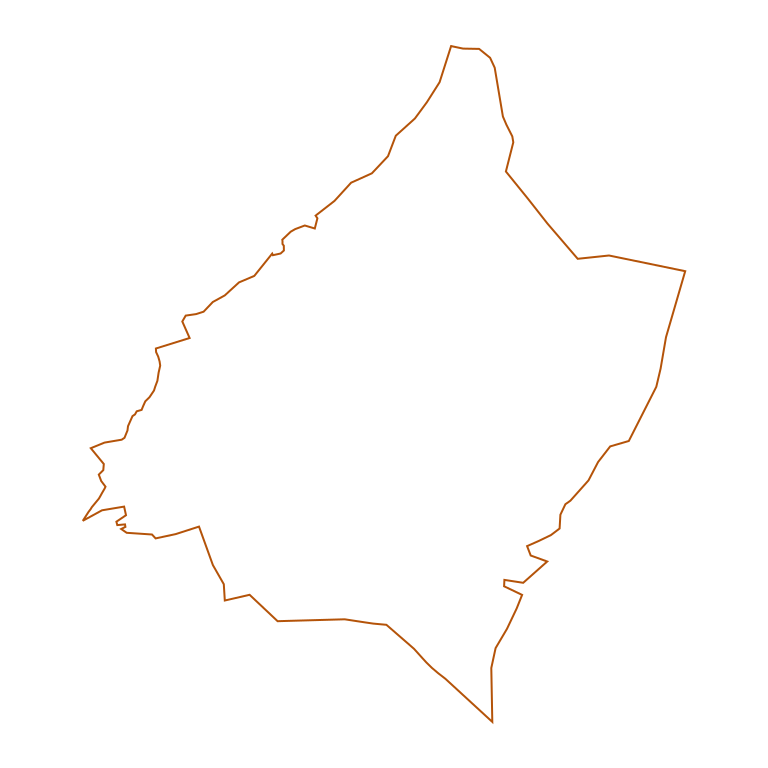 Gubio, Borno, Nigeria (Albers equal-area conic projection)
{"feature_id": "59680162B83800309048446", "entity_name": "Gubio", "entity_type": "district", "adm_level": 2, "iso_a3": "NGA", "parent_name": "Nigeria", "parent_adm1": "Borno", "projection": "albers", "projection_center": [12.673, 12.672], "detail": "fine", "context": "isolated", "style": "outline", "palette": "amber", "viewbox_px": 768, "rotation_deg": 0, "n_neighbors": 0, "source": "geoboundaries", "source_scale": "gbopen_adm2", "svg_char_len": 1828}
<svg xmlns="http://www.w3.org/2000/svg" viewBox="0 0 768 768"><path d="M82.8,520.8L102.0,510.3L124.1,506.6L126.0,515.2L116.4,521.7L117.3,525.1L125.0,524.4L125.4,526.9L121.2,529.0L126.7,532.8L152.0,534.5L155.6,538.4L175.7,534.1L199.0,526.6L212.9,565.1L223.8,584.2L224.8,600.5L249.6,594.8L277.6,621.2L284.2,621.0L344.7,619.3L364.4,622.3L373.3,623.6L386.4,624.8L414.0,648.8L422.1,657.8L426.3,662.4L431.8,667.8L438.3,673.3L445.4,678.8L492.3,721.9L491.3,668.0L495.6,648.1L507.0,628.8L516.7,608.4L522.1,594.9L504.1,586.3L504.4,579.9L523.2,582.8L547.2,561.5L530.7,555.5L527.1,546.1L539.1,540.8L550.9,535.1L553.7,533.0L559.6,528.5L560.4,514.7L565.4,504.2L568.6,502.0L569.5,501.3L570.4,500.7L588.5,480.4L598.1,462.0L610.2,446.4L628.8,441.0L656.3,386.8L660.6,368.6L666.0,337.2L685.2,271.2L609.0,255.5L577.7,258.8L547.4,223.5L528.0,198.8L505.9,171.5L513.3,142.3L512.3,136.4L506.4,124.7L502.9,116.5L494.7,67.7L490.1,57.8L479.1,48.9L463.1,48.6L451.1,46.1L439.6,82.2L426.9,102.2L414.9,118.5L395.8,135.7L388.0,156.2L371.9,173.3L351.1,182.7L334.5,200.9L315.6,215.6L317.4,218.3L314.8,228.5L304.8,225.5L295.2,229.1L290.7,231.7L282.3,239.7L282.5,241.0L282.5,244.0L283.8,245.7L283.9,250.5L280.6,253.5L272.9,255.2L272.2,253.6L254.3,275.9L239.0,282.4L229.8,290.8L224.8,295.4L212.8,302.0L203.6,311.7L196.1,314.1L185.7,315.6L182.3,321.5L189.6,338.0L155.9,348.5L156.1,352.1L158.2,356.6L159.6,361.5L160.2,365.6L158.6,372.7L157.4,380.8L155.2,386.7L154.0,390.5L149.5,397.2L145.3,401.3L143.1,406.2L141.6,409.9L136.7,411.3L135.0,414.4L132.5,416.1L128.0,426.2L127.5,430.4L124.5,437.8L121.7,439.7L115.1,440.8L104.5,442.6L90.8,448.2L103.8,464.0L103.3,470.1L98.8,474.6L101.2,481.0L105.5,486.7L104.6,488.6L102.1,492.9L100.5,495.8L100.4,496.0L98.9,498.6L91.8,507.2L90.6,509.2L88.6,511.8L83.0,520.5L82.8,520.8Z" fill="none" stroke="#b45309" stroke-width="2"/></svg>